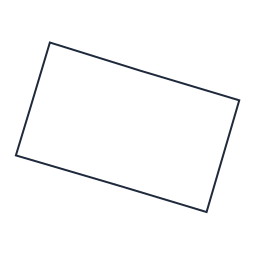 Gillespie, Texas, United States of America, rotated 17°
{"feature_id": "52423323B49995715327400", "entity_name": "Gillespie", "entity_type": "district", "adm_level": 2, "iso_a3": "USA", "parent_name": "United States of America", "parent_adm1": "Texas", "projection": "albers", "projection_center": [-98.986, 30.317], "detail": "fine", "context": "isolated", "style": "outline", "palette": "slate", "viewbox_px": 256, "rotation_deg": 17, "n_neighbors": 0, "source": "geoboundaries", "source_scale": "gbopen_adm2", "svg_char_len": 255}
<svg xmlns="http://www.w3.org/2000/svg" viewBox="0 0 256 256"><g transform="rotate(17 128 128)"><path d="M135.0,185.8L227.7,185.4L226.3,69.0L122.7,69.6L28.3,69.1L28.7,137.9L28.8,187.0L135.0,185.8Z" fill="none" stroke="#1e293b" stroke-width="2"/></g></svg>